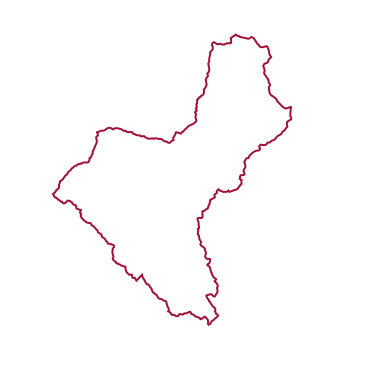 Oyon, Lima, Peru (orthographic projection), rotated 156°
{"feature_id": "86281439B90179461715440", "entity_name": "Oyon", "entity_type": "district", "adm_level": 2, "iso_a3": "PER", "parent_name": "Peru", "parent_adm1": "Lima", "projection": "orthographic", "projection_center": [-76.859, -10.718], "detail": "fine", "context": "isolated", "style": "outline", "palette": "rose", "viewbox_px": 384, "rotation_deg": 156, "n_neighbors": 0, "source": "geoboundaries", "source_scale": "gbopen_adm2", "svg_char_len": 6030}
<svg xmlns="http://www.w3.org/2000/svg" viewBox="0 0 384 384"><g transform="rotate(156 192 192)"><path d="M141.8,182.7L143.1,184.6L142.1,185.8L141.9,186.7L140.6,187.5L138.0,186.6L137.3,186.6L136.6,187.1L136.4,190.2L135.4,191.4L133.2,193.0L132.7,193.9L131.8,198.5L130.7,199.0L129.5,200.1L128.2,200.6L126.6,200.0L125.4,201.3L123.9,202.1L120.4,203.3L117.2,203.7L113.9,202.8L112.4,203.3L112.2,204.4L112.3,205.9L111.8,206.6L110.2,207.4L107.9,205.9L105.9,205.2L104.6,205.2L103.7,206.1L103.1,206.4L100.8,205.6L98.7,206.4L95.4,206.2L91.3,208.3L87.3,208.6L84.3,210.4L81.9,210.9L80.4,212.0L78.4,212.8L77.3,216.6L76.1,217.5L72.0,218.0L71.6,218.4L71.2,219.3L71.1,222.0L68.0,227.8L67.2,228.7L67.2,229.5L68.1,229.7L71.7,229.9L72.6,230.3L73.4,231.1L74.7,233.4L77.3,240.5L77.0,241.3L77.2,242.7L78.4,245.2L80.5,248.5L80.8,251.0L79.4,256.1L78.7,256.9L77.5,257.5L77.0,258.6L77.3,260.7L76.7,263.1L76.7,264.4L77.0,265.4L77.9,271.1L76.2,273.5L75.7,276.3L75.7,278.2L74.0,279.5L72.5,279.7L71.5,279.4L69.9,279.7L69.2,280.7L66.7,282.6L65.7,282.6L64.7,283.2L65.3,285.9L64.2,290.5L64.1,293.9L64.7,295.0L67.8,295.3L70.5,296.5L72.0,301.0L73.1,307.6L74.7,309.4L76.6,309.0L78.2,309.1L85.0,314.1L85.4,315.1L86.9,316.1L88.0,318.0L94.0,316.8L94.5,314.7L95.7,312.4L96.6,312.3L99.6,313.7L102.2,313.6L104.4,314.3L106.1,316.1L107.9,316.3L108.9,316.8L111.0,320.0L112.3,319.9L113.1,319.3L113.8,318.5L114.1,317.2L114.0,316.0L115.0,314.1L115.6,313.5L118.6,312.4L119.3,310.5L122.2,306.6L123.1,304.4L124.8,302.8L126.6,296.2L128.5,294.4L129.6,294.2L130.1,293.1L130.1,291.6L133.6,289.4L135.0,284.1L137.0,282.2L138.2,281.4L139.6,280.8L139.7,279.8L140.5,278.1L142.2,276.4L144.8,276.0L145.6,275.4L147.1,275.5L148.4,274.4L149.1,274.6L149.6,274.4L151.1,271.1L152.4,270.4L152.9,267.8L153.2,267.4L154.0,267.2L154.5,266.5L154.4,265.1L154.6,264.3L156.1,264.1L156.9,263.5L156.6,261.5L157.9,259.9L158.7,258.0L158.6,256.5L159.1,255.3L159.6,254.7L161.5,254.3L162.3,253.8L166.3,253.8L169.4,253.4L171.9,252.1L172.9,252.1L175.6,250.8L177.0,250.7L178.4,249.9L180.9,252.2L182.2,253.0L183.0,252.6L183.4,251.9L185.1,250.5L187.1,249.2L187.4,248.7L187.7,246.9L189.9,246.9L191.9,246.0L192.9,246.1L194.2,247.4L194.4,248.0L195.1,248.8L195.9,249.1L196.7,249.9L198.5,252.9L200.2,253.7L203.6,256.0L205.3,256.1L206.0,257.0L208.5,257.7L210.4,258.6L212.6,261.2L212.8,262.2L215.0,263.4L215.8,263.4L216.9,265.2L218.2,265.6L220.2,267.2L221.0,268.5L222.0,269.1L222.4,271.0L224.3,272.2L225.1,272.2L227.0,273.2L227.7,274.9L229.5,275.6L231.3,278.4L234.5,280.8L236.1,281.5L238.8,281.4L239.2,281.7L239.5,282.8L241.0,284.0L242.3,284.6L244.8,284.4L246.6,283.9L248.6,284.2L250.0,285.1L253.2,284.9L254.3,285.3L254.6,284.9L254.4,283.2L255.1,281.8L256.4,281.6L257.4,280.9L258.2,277.3L259.2,275.6L261.7,273.5L264.9,270.3L265.8,269.9L266.1,269.2L266.7,268.7L267.2,267.3L268.1,266.9L270.5,264.7L271.9,264.6L272.5,263.1L273.8,261.8L274.9,261.3L279.9,263.3L281.6,262.9L282.2,263.3L283.0,263.1L284.4,263.7L287.4,263.2L289.4,263.3L290.5,262.7L292.1,262.5L293.9,261.4L297.3,260.4L298.8,259.0L301.1,258.5L304.9,256.1L308.4,255.3L308.7,254.4L310.7,252.6L311.3,250.7L312.3,249.6L314.6,249.1L317.5,247.3L319.9,246.7L319.5,245.0L319.7,244.2L319.5,243.1L317.9,241.4L317.6,239.9L316.2,238.0L315.8,236.5L314.6,236.0L314.3,234.2L313.7,233.7L312.5,233.5L309.0,234.7L307.5,233.6L305.9,231.4L305.9,230.3L305.2,228.4L304.0,227.7L303.6,226.8L303.5,226.1L304.3,224.9L304.2,223.9L303.2,222.7L300.8,220.7L301.0,220.3L302.3,219.5L302.7,218.1L302.2,217.6L302.2,216.8L303.4,215.5L303.6,214.8L303.2,212.8L302.2,209.9L300.6,207.0L298.9,205.7L297.9,205.3L297.2,204.4L297.3,202.6L296.0,201.1L294.6,196.6L293.9,195.8L294.4,193.6L292.0,190.0L292.5,187.8L290.7,184.9L290.4,182.1L289.7,180.9L289.9,179.3L285.9,176.2L285.1,175.0L285.3,173.7L287.5,172.5L289.5,168.8L290.0,165.1L290.2,164.6L291.6,163.4L291.5,161.7L290.1,158.9L290.2,158.3L289.4,157.5L289.2,156.7L288.4,156.2L287.1,154.7L286.7,153.7L283.2,150.7L283.6,149.6L284.1,149.0L284.4,145.8L283.3,142.4L282.6,141.8L280.6,141.0L281.2,137.8L279.8,137.2L279.0,136.4L279.1,135.7L278.8,133.6L271.3,136.7L271.8,134.2L271.1,130.0L271.3,128.8L270.8,126.1L269.7,125.5L268.9,123.9L269.0,122.3L268.4,120.7L268.6,116.2L267.6,115.3L267.3,114.0L266.2,112.1L265.8,108.5L265.2,107.7L263.6,106.7L263.3,106.1L262.3,105.1L261.8,104.0L260.7,103.4L260.1,102.3L260.9,98.7L260.8,95.5L261.0,93.7L262.3,92.6L261.5,91.9L260.5,89.5L260.8,88.6L260.0,87.7L258.3,87.2L257.3,85.3L256.2,84.6L254.9,84.4L253.5,85.5L252.6,85.4L250.5,83.9L249.3,83.9L248.3,84.3L247.3,83.6L245.6,83.4L243.7,83.6L242.4,83.3L242.1,82.5L242.2,80.9L240.2,79.0L239.9,77.4L236.5,74.1L236.0,73.2L236.0,72.4L235.3,72.1L231.9,72.9L230.8,72.8L229.5,69.1L230.2,66.4L231.1,65.1L230.8,64.0L228.8,64.2L226.7,65.9L224.1,66.3L223.0,66.9L220.7,67.4L218.8,68.2L218.5,68.7L218.4,69.3L219.5,71.0L219.5,73.5L218.4,75.2L218.4,76.5L218.5,77.3L219.5,78.9L220.6,84.9L220.9,85.5L220.6,86.3L221.3,89.2L221.1,91.4L219.7,91.6L217.5,91.1L216.5,91.2L215.4,89.8L215.0,88.4L214.6,87.8L213.6,87.3L211.8,88.7L209.7,89.9L208.4,92.5L208.3,94.2L207.1,95.0L206.6,95.8L206.4,98.2L207.6,100.9L207.6,101.4L206.8,101.6L205.4,102.5L206.8,105.0L207.1,106.3L207.2,108.9L206.9,109.7L207.2,110.3L206.3,116.1L207.7,119.0L207.3,119.6L205.8,119.7L205.0,120.1L203.0,122.4L202.9,123.5L203.5,124.0L205.1,124.5L205.9,125.4L206.1,126.2L206.3,127.5L206.0,128.2L203.9,130.7L203.8,133.2L203.3,134.9L203.9,136.8L205.7,139.7L205.6,140.4L205.4,141.1L204.0,142.6L204.4,145.8L203.4,149.5L204.0,150.9L202.0,154.3L201.8,155.8L200.5,156.0L199.9,156.6L199.5,158.8L198.4,161.3L198.1,164.5L197.7,165.4L197.2,165.7L195.6,165.4L194.2,164.5L192.9,164.5L192.5,164.9L190.4,170.0L189.7,170.2L188.3,169.8L186.1,170.5L184.8,170.4L184.2,170.7L182.2,173.0L180.7,173.9L180.5,174.7L178.9,176.3L178.8,177.1L178.4,177.4L174.4,177.6L173.1,178.1L172.8,180.0L172.5,180.6L170.1,180.9L169.6,181.3L169.2,182.5L167.5,183.6L166.5,183.6L165.9,181.7L164.2,180.5L163.4,179.3L159.9,178.0L158.1,178.5L158.0,177.4L157.5,176.8L149.2,176.2L145.1,178.7L143.6,179.2L143.2,179.7L142.4,182.4L141.8,182.7Z" fill="none" stroke="#9f1239" stroke-width="2"/></g></svg>